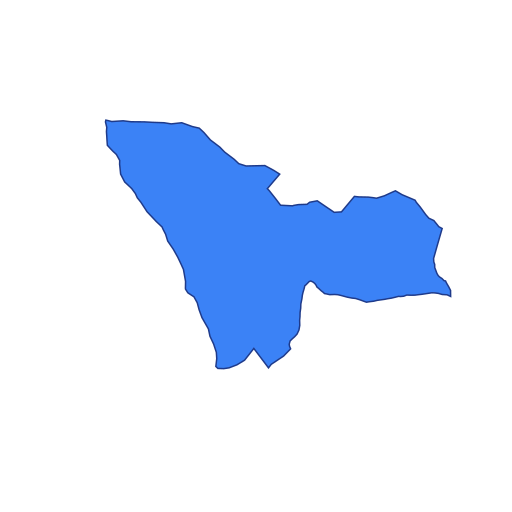 outline of Ijumu, Kogi, Nigeria, rotated 295°
{"feature_id": "59680162B15951041920960", "entity_name": "Ijumu", "entity_type": "district", "adm_level": 2, "iso_a3": "NGA", "parent_name": "Nigeria", "parent_adm1": "Kogi", "projection": "mercator", "projection_center": [5.957, 7.842], "detail": "fine", "context": "isolated", "style": "filled", "palette": "blue", "viewbox_px": 512, "rotation_deg": 295, "n_neighbors": 0, "source": "geoboundaries", "source_scale": "gbopen_adm2", "svg_char_len": 2504}
<svg xmlns="http://www.w3.org/2000/svg" viewBox="0 0 512 512"><g transform="rotate(295 256 256)"><path d="M197.8,205.3L197.5,205.4L197.1,205.6L196.2,206.1L193.9,209.7L193.8,210.0L192.8,217.0L188.8,222.5L183.3,227.1L177.3,233.1L169.8,243.7L163.8,248.2L158.3,254.8L151.9,260.8L146.4,263.8L138.9,266.3L138.0,269.0L140.3,274.4L143.3,278.9L146.0,281.5L149.3,284.7L156.8,289.7L171.3,293.1L159.9,314.6L164.3,315.6L177.0,323.3L186.5,326.6L188.3,324.6L190.0,323.4L193.4,322.8L196.3,323.9L199.1,325.1L202.5,326.2L207.1,326.2L211.6,325.0L216.2,322.7L219.6,321.5L223.5,319.8L227.5,318.6L229.4,317.8L231.5,316.9L236.6,315.7L240.0,314.6L242.8,314.0L246.8,313.4L249.7,312.8L250.8,313.4L255.4,315.0L256.5,316.2L256.5,318.5L256.0,320.8L254.8,323.0L253.7,324.2L253.1,326.5L252.0,329.9L251.5,332.2L250.9,333.9L251.5,336.2L252.1,339.1L254.4,343.6L255.5,346.5L256.1,349.3L257.3,356.2L258.4,360.7L259.6,364.2L260.2,368.7L260.8,375.6L262.3,377.8L264.8,381.8L267.1,384.7L271.1,390.9L272.8,393.2L275.1,396.6L277.4,399.5L279.7,402.3L280.3,404.0L282.0,406.9L284.3,409.1L286.0,413.1L287.7,416.6L289.5,419.4L291.2,422.2L293.5,425.7L296.9,430.8L298.1,433.6L299.2,437.1L299.8,441.0L301.6,445.6L301.6,449.5L305.5,447.6L307.0,446.9L309.5,443.7L312.0,440.1L313.5,438.3L313.1,436.9L314.2,434.0L314.6,431.1L315.3,429.3L316.8,427.2L319.3,424.7L321.0,422.9L323.9,421.5L325.7,419.7L328.8,418.0L341.7,415.9L359.6,413.1L359.8,409.3L363.3,402.2L363.3,396.7L365.3,392.2L369.8,384.1L372.4,378.6L373.8,376.6L373.3,362.5L374.0,354.8L371.3,352.4L364.8,346.9L359.3,340.8L358.3,337.3L356.8,332.8L353.0,324.2L351.6,320.0L332.1,314.8L328.6,308.4L331.9,288.2L328.4,283.3L327.4,281.9L324.4,280.4L320.5,272.7L317.8,268.8L316.9,267.9L312.4,256.8L316.4,249.2L319.5,243.0L320.9,240.2L321.8,237.8L340.2,242.9L341.1,236.0L341.7,225.8L333.4,209.0L332.4,201.4L333.4,198.4L334.4,195.4L336.9,183.8L337.6,181.9L339.4,177.2L341.9,165.6L345.9,156.6L347.9,150.5L346.7,145.0L346.4,143.5L345.4,132.4L339.9,123.3L337.9,116.3L333.4,105.7L330.4,98.2L324.9,86.1L322.4,78.5L316.9,68.4L316.2,64.7L315.7,62.5L313.9,62.9L309.5,66.4L305.5,67.9L301.0,70.4L298.0,72.0L293.5,74.5L291.7,78.9L290.5,82.0L289.0,86.6L285.0,92.1L281.5,93.6L279.9,94.6L273.0,98.7L267.6,105.7L264.6,114.8L261.6,120.3L258.6,123.8L256.1,128.9L250.1,138.5L245.9,149.1L245.1,151.0L242.6,158.6L241.0,160.4L237.5,164.9L233.3,168.7L232.2,169.7L227.3,178.0L221.7,185.8L220.6,187.1L219.3,188.7L216.7,191.8L213.2,195.9L208.2,199.4L203.2,202.9L197.8,205.3Z" fill="#3b82f6" stroke="#1e3a8a" stroke-width="1.5"/></g></svg>